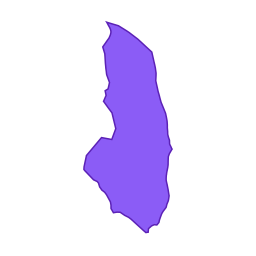 At Taffah, Al Bayda', Yemen (Robinson projection), rotated 311°
{"feature_id": "15242507B13083201582519", "entity_name": "At Taffah", "entity_type": "district", "adm_level": 2, "iso_a3": "YEM", "parent_name": "Yemen", "parent_adm1": "Al Bayda'", "projection": "robinson", "projection_center": [45.345, 14.162], "detail": "fine", "context": "isolated", "style": "filled", "palette": "violet", "viewbox_px": 256, "rotation_deg": 311, "n_neighbors": 0, "source": "geoboundaries", "source_scale": "gbopen_adm2", "svg_char_len": 2170}
<svg xmlns="http://www.w3.org/2000/svg" viewBox="0 0 256 256"><g transform="rotate(311 128 128)"><path d="M200.9,96.2L201.5,77.2L200.8,66.2L200.4,63.1L198.9,53.7L194.1,43.1L193.9,42.6L193.8,42.9L193.5,43.6L193.2,44.4L192.9,45.2L192.6,45.9L192.3,46.8L192.0,47.6L191.8,48.3L191.4,49.0L191.1,49.7L190.7,50.4L190.3,51.0L189.8,51.6L189.2,52.2L188.6,52.6L187.9,53.0L187.3,53.3L186.5,53.7L185.8,53.9L184.9,54.2L183.9,54.5L183.3,54.7L182.9,54.7L182.7,54.7L182.4,54.8L182.2,54.8L181.9,54.8L181.7,54.8L174.1,55.6L173.0,55.7L172.8,55.8L172.6,55.8L168.8,61.8L166.4,64.2L162.0,68.5L158.1,72.6L156.0,75.0L155.4,75.6L154.2,77.0L150.2,84.2L147.1,85.9L144.4,87.3L141.1,86.3L138.2,90.1L136.6,90.6L134.1,91.4L133.5,91.6L133.0,91.8L132.1,92.0L130.3,99.7L128.9,106.0L119.5,119.2L108.7,123.3L103.4,114.3L79.9,114.7L79.8,114.8L69.9,120.3L67.8,121.9L67.5,123.1L66.3,136.0L67.4,139.9L67.1,141.8L64.9,145.3L64.5,147.1L64.0,148.8L64.2,152.6L63.5,155.7L60.7,163.2L58.7,165.7L56.1,168.0L55.8,168.7L55.7,169.1L55.6,169.3L55.5,169.8L55.3,170.3L55.2,170.6L55.0,171.1L54.8,171.7L54.5,172.6L57.3,174.9L59.3,177.4L59.9,182.8L61.0,187.1L61.2,190.1L60.8,206.8L60.8,210.1L62.3,211.3L62.6,211.6L63.0,211.3L65.5,209.5L69.5,210.0L72.2,211.2L73.4,212.9L73.8,213.4L74.0,213.4L77.0,213.3L79.2,212.1L81.4,211.2L84.0,210.2L85.4,209.7L86.8,209.4L87.6,209.3L87.9,209.2L92.4,208.9L93.2,208.8L95.9,207.4L99.4,206.2L99.8,206.0L101.0,205.3L102.4,204.4L103.8,203.5L104.7,202.4L105.1,201.9L107.8,198.7L110.2,195.6L110.4,195.4L112.5,192.5L113.7,191.0L115.3,189.6L117.4,188.0L118.1,187.6L119.7,186.5L122.0,185.2L124.1,184.0L126.1,182.7L126.9,182.1L129.0,180.3L132.6,177.4L132.9,177.2L135.7,176.1L139.8,175.3L140.9,175.1L141.0,175.1L141.1,174.7L141.3,174.1L141.7,173.4L143.2,169.9L146.0,167.3L147.5,164.7L149.3,162.1L151.4,160.2L154.0,157.5L156.1,155.7L158.9,152.9L161.4,149.8L162.6,148.2L163.6,146.9L164.1,146.0L166.6,141.1L169.1,136.1L171.7,132.2L172.9,130.5L173.5,129.6L175.5,126.5L175.9,126.0L176.0,125.8L176.1,125.7L176.8,124.8L181.3,118.7L181.9,117.9L182.2,117.7L185.9,114.8L187.8,113.2L191.3,109.2L193.2,106.7L195.2,103.9L196.7,101.9L200.8,96.3L200.9,96.2Z" fill="#8b5cf6" stroke="#5b21b6" stroke-width="1.5"/></g></svg>